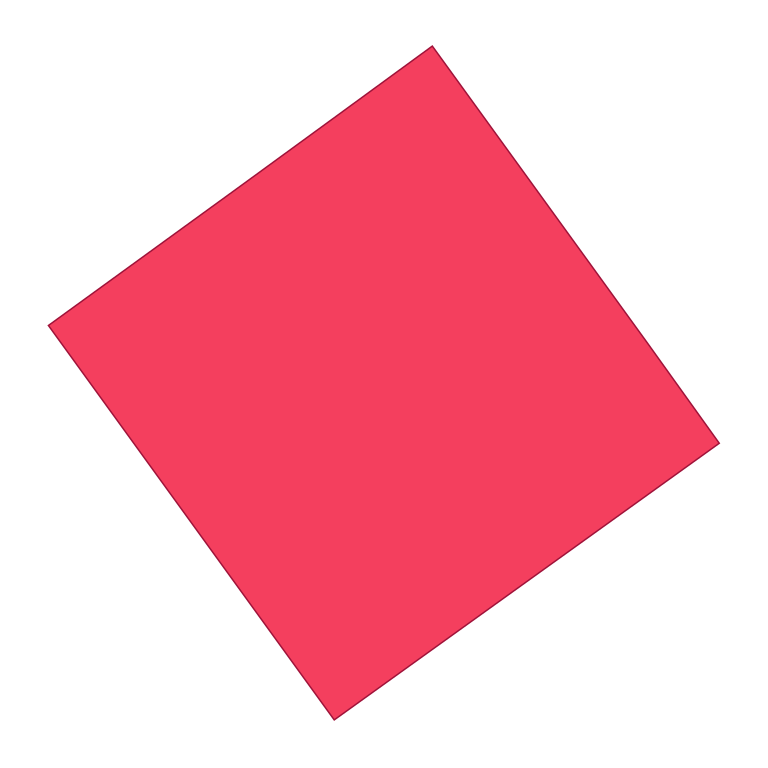 the district of Butler, Iowa, United States of America, rotated 234°
{"feature_id": "52423323B94920072587023", "entity_name": "Butler", "entity_type": "district", "adm_level": 2, "iso_a3": "USA", "parent_name": "United States of America", "parent_adm1": "Iowa", "projection": "equal_earth", "projection_center": [-92.775, 42.732], "detail": "fine", "context": "isolated", "style": "filled", "palette": "rose", "viewbox_px": 768, "rotation_deg": 234, "n_neighbors": 0, "source": "geoboundaries", "source_scale": "gbopen_adm2", "svg_char_len": 267}
<svg xmlns="http://www.w3.org/2000/svg" viewBox="0 0 768 768"><g transform="rotate(234 384 384)"><path d="M141.5,146.3L139.0,620.4L262.4,621.2L629.0,621.7L628.7,504.7L628.5,385.9L628.6,146.9L141.5,146.3Z" fill="#f43f5e" stroke="#9f1239" stroke-width="1.5"/></g></svg>